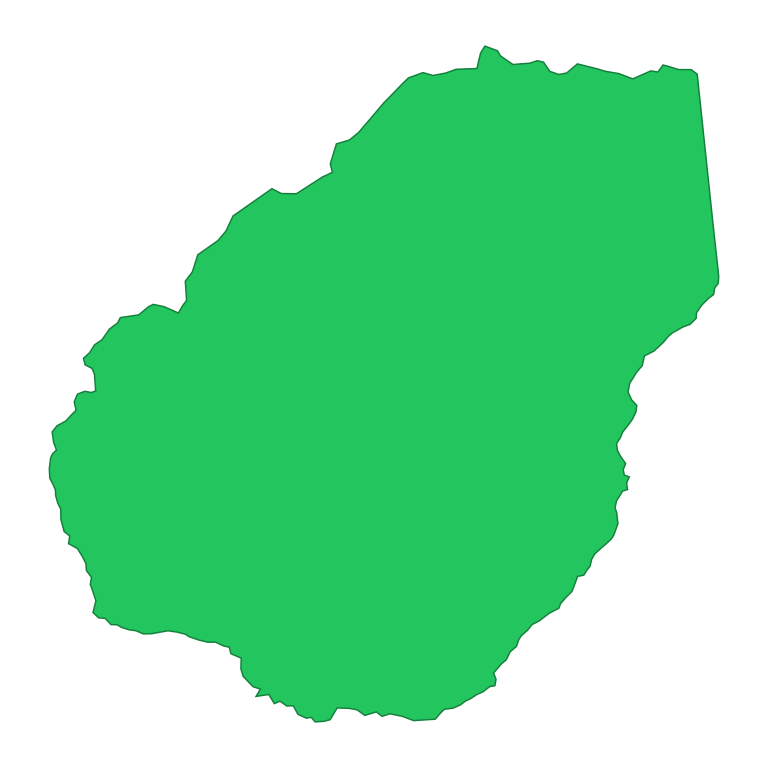 the district of Betânia, Pernambuco, Brazil
{"feature_id": "56859067B94419093446187", "entity_name": "Betânia", "entity_type": "district", "adm_level": 2, "iso_a3": "BRA", "parent_name": "Brazil", "parent_adm1": "Pernambuco", "projection": "mercator", "projection_center": [-37.996, -8.262], "detail": "fine", "context": "isolated", "style": "filled", "palette": "green", "viewbox_px": 768, "rotation_deg": 0, "n_neighbors": 0, "source": "geoboundaries", "source_scale": "gbopen_adm2", "svg_char_len": 2807}
<svg xmlns="http://www.w3.org/2000/svg" viewBox="0 0 768 768"><path d="M697.2,74.1L691.1,69.6L678.7,69.6L668.1,66.3L663.0,65.0L657.9,72.0L650.8,70.9L632.8,78.9L618.8,73.6L604.9,71.2L597.0,68.8L577.4,63.9L566.7,73.0L558.9,74.5L549.8,71.4L543.5,62.1L537.4,60.7L529.6,63.2L512.9,64.5L500.5,55.9L497.5,50.8L484.9,46.1L480.6,53.0L476.9,68.5L456.0,69.3L445.9,73.0L433.0,75.5L423.0,72.6L408.5,77.9L403.2,82.9L389.4,97.2L383.9,102.8L358.6,132.5L349.4,140.0L336.4,143.9L330.3,163.9L332.4,172.3L322.6,176.9L296.3,193.8L281.2,193.5L271.9,188.7L233.0,216.0L226.1,230.8L218.2,240.4L197.8,254.7L192.4,271.8L185.3,281.2L186.6,300.4L182.4,306.0L178.4,313.0L163.9,306.6L153.2,304.4L148.7,306.6L138.6,314.9L120.3,317.6L117.7,322.9L109.4,329.1L102.0,339.8L94.6,344.8L89.6,352.7L83.5,358.3L85.1,364.8L92.0,368.4L94.4,374.1L95.7,391.0L91.2,392.5L84.8,391.3L77.4,394.2L74.2,401.9L76.1,410.2L71.0,415.3L65.8,421.0L57.0,425.8L52.2,431.9L53.6,442.4L56.5,450.1L52.7,453.6L50.6,458.0L49.3,468.8L49.8,478.3L52.5,483.3L55.4,489.8L55.7,495.7L57.8,503.2L60.7,509.1L61.0,519.9L64.2,531.6L69.7,535.9L68.6,543.7L77.4,548.5L82.2,556.2L85.9,563.5L86.4,570.5L91.5,577.4L90.3,584.4L92.3,589.9L95.9,600.8L93.0,612.5L98.6,617.8L105.2,618.4L111.0,624.6L117.1,624.8L121.4,627.3L128.6,629.7L136.2,630.8L143.4,633.9L151.9,633.7L159.3,632.3L168.1,630.8L177.1,632.1L185.3,634.2L189.5,636.9L199.1,640.1L207.8,642.2L215.5,642.2L223.8,646.0L229.3,647.2L230.9,653.7L241.2,658.1L240.9,668.8L243.1,676.3L253.1,686.7L260.4,689.1L256.1,696.4L268.8,694.5L274.3,703.6L280.0,701.2L286.8,706.0L293.2,705.7L298.0,714.3L306.4,718.2L311.2,717.3L315.2,721.9L324.0,721.3L330.1,719.7L337.2,707.9L349.4,708.4L357.1,709.8L364.8,715.4L376.4,711.9L382.0,716.3L389.9,713.8L402.2,716.3L413.7,720.6L435.2,719.2L440.3,713.3L444.3,709.3L453.3,708.1L460.4,704.9L465.7,700.9L470.8,698.5L476.7,694.6L483.0,691.8L489.9,686.5L494.9,685.7L496.0,679.3L493.6,673.0L501.0,664.3L506.3,659.7L510.3,651.6L516.4,646.5L518.8,639.6L521.4,635.6L527.6,630.2L532.0,624.6L539.1,621.0L549.1,613.3L558.9,608.2L560.6,603.6L565.4,598.0L572.0,591.4L575.5,582.2L577.6,576.4L583.8,575.2L586.4,570.9L590.1,566.1L591.7,559.2L594.6,554.1L601.0,548.2L606.0,543.9L610.7,539.6L613.6,535.6L617.9,523.8L616.8,513.1L615.0,507.8L616.6,500.6L619.5,496.3L622.5,491.1L627.5,489.6L626.6,483.0L629.3,476.9L624.3,475.1L623.2,469.8L625.6,463.5L622.4,459.0L619.7,454.9L617.3,449.9L616.6,443.5L620.5,437.5L622.5,432.4L629.3,423.6L632.5,419.1L635.9,412.1L636.8,405.5L631.7,400.0L628.0,391.8L629.8,383.1L633.0,378.1L636.2,372.8L642.3,365.5L644.4,355.9L653.9,351.1L663.0,342.7L668.3,336.4L672.5,332.8L682.9,327.0L690.1,324.3L696.2,318.3L696.5,312.8L701.7,305.2L708.0,298.8L713.6,294.5L714.6,288.2L718.2,283.3L718.7,277.1L718.2,271.1L713.6,229.5L712.9,222.9L697.2,74.1Z" fill="#22c55e" stroke="#15803d" stroke-width="1.5"/></svg>